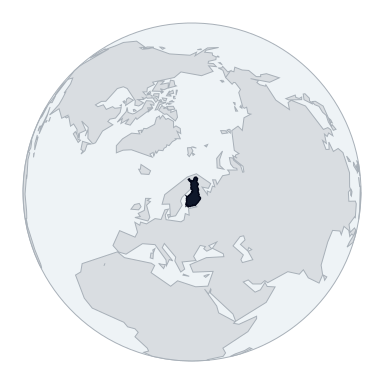 Finland highlighted on a globe, orthographic projection, rotated 4°
{"feature_id": "FIN", "entity_name": "Finland", "entity_type": "country or territory", "adm_level": 0, "iso_a3": "FIN", "parent_name": "Europe", "parent_adm1": "", "projection": "orthographic", "projection_center": [24.864, 64.94], "detail": "fine", "context": "on_globe", "style": "filled", "palette": "ink", "viewbox_px": 384, "rotation_deg": 4, "n_neighbors": 0, "source": "natural_earth", "source_scale": "50m", "svg_char_len": 15147}
<svg xmlns="http://www.w3.org/2000/svg" viewBox="0 0 384 384"><g transform="rotate(4 192 192)"><circle cx="192" cy="192" r="169" fill="#eef3f6" stroke="#a8b0b8"/><path d="M30.8,141.5L36.1,126.8L39.9,118.9L66.2,79.3L71.0,74.4L74.2,71.9L99.0,55.2L80.8,65.6L87.4,60.3L95.7,55.0L94.7,56.3L105.1,51.7L113.2,47.6L126.2,45.4L134.9,50.7L130.1,51.7L132.8,53.1L139.0,52.0L142.4,50.9L159.9,55.8L180.5,55.7L186.8,52.2L185.6,55.9L197.4,47.2L208.5,46.0L196.1,49.6L194.9,51.7L202.5,51.9L202.9,54.1L206.7,55.6L206.6,58.3L199.3,60.5L199.1,62.4L204.4,62.4L207.6,65.3L199.8,65.0L204.6,70.2L193.4,75.3L172.6,73.0L166.4,79.0L145.1,85.2L147.0,87.3L140.2,91.3L140.0,95.3L136.1,95.6L139.3,98.6L142.9,97.6L145.4,98.7L145.6,101.0L140.7,101.6L139.9,100.5L138.5,102.0L136.0,101.3L137.4,103.0L131.4,103.6L137.5,106.5L132.9,109.9L128.9,109.4L129.1,104.9L120.2,93.3L116.2,91.8L110.3,94.0L99.7,107.5L95.4,107.9L89.6,111.8L92.1,113.5L97.5,111.2L100.7,115.6L106.9,112.4L109.1,113.9L115.5,112.7L114.7,117.8L110.5,123.6L105.1,125.0L103.1,127.6L108.4,130.5L98.5,137.4L92.3,149.6L89.7,150.9L84.4,145.7L83.9,134.8L77.0,128.9L81.7,137.9L75.1,141.5L74.1,144.4L74.6,147.3L77.2,148.1L75.0,150.5L69.5,142.3L71.4,139.9L73.1,142.5L72.9,137.5L69.2,132.4L66.2,134.8L63.8,125.2L61.6,126.9L59.8,125.9L63.5,123.7L56.9,127.5L53.6,118.2L44.5,125.1L53.2,114.0L56.2,107.9L59.0,101.3L57.5,102.2L63.3,92.7L65.1,86.6L60.6,88.2L54.6,94.8L48.6,104.7L49.2,105.6L46.2,112.6L43.3,113.0L37.2,126.9L34.9,130.1L32.5,136.4L30.7,142.4L28.4,150.6L28.6,152.8L28.1,159.4L26.2,163.4L27.4,164.4L26.1,170.9L26.3,187.2L25.8,186.9L25.6,205.7L28.4,223.2L29.0,229.8L28.4,229.9L30.0,235.8L30.1,237.1L39.3,260.6L46.2,274.8L47.5,278.8L45.2,275.7L39.3,264.3L34.3,252.6L30.1,240.5L26.9,228.1L24.7,215.5L23.4,202.8L23.1,190.0L23.7,177.2L25.3,164.6L27.8,152.0L29.1,147.5L30.3,143.2L30.7,141.8L30.8,141.5ZM42.2,126.3L35.5,144.6L36.9,136.2L37.1,137.3L39.3,132.2L42.6,124.0L44.5,117.1L42.2,126.3ZM44.6,129.9L45.6,127.1L44.9,129.6L44.6,129.9ZM143.9,50.1L139.0,51.7L133.3,52.1L137.3,50.4L143.9,50.1ZM154.8,50.4L152.7,51.7L149.9,49.7L152.0,49.6L154.8,50.4ZM191.3,49.3L187.3,49.7L191.0,48.6L191.3,49.3ZM207.3,55.3L208.3,54.5L209.9,55.6L207.3,55.3ZM115.5,109.9L115.5,111.3L114.3,110.8L115.5,109.9ZM118.3,108.2L116.9,106.7L118.1,105.7L118.9,106.6L118.3,108.2ZM211.1,60.9L213.3,63.0L209.8,61.2L211.1,60.9ZM119.7,110.3L120.2,104.0L122.2,102.3L127.1,104.5L119.7,110.3ZM213.8,64.5L219.3,69.7L222.0,68.4L217.5,75.4L214.3,68.4L209.5,66.4L213.0,66.2L213.8,64.5ZM143.9,96.3L140.1,97.4L143.1,94.4L143.9,96.3ZM145.2,94.1L150.8,83.7L156.5,83.3L153.5,86.8L160.8,84.8L160.9,89.8L156.9,92.0L153.1,91.2L156.0,93.7L145.2,94.1ZM214.1,78.5L214.4,80.1L212.7,78.8L214.1,78.5ZM146.7,98.8L147.3,96.7L152.3,96.2L152.0,100.5L150.5,99.2L146.7,98.8ZM162.7,81.9L166.3,82.4L167.4,86.5L169.0,87.3L161.4,89.9L162.7,81.9ZM149.5,100.5L151.7,102.6L149.6,105.0L146.5,100.9L149.5,100.5ZM153.8,94.3L156.1,94.4L154.7,95.7L153.8,94.3ZM143.0,114.9L143.7,112.2L146.3,111.7L143.0,114.9ZM152.7,103.3L153.5,102.5L154.6,102.0L155.6,103.9L152.7,103.3ZM162.6,92.6L162.3,94.3L165.8,91.8L166.8,94.9L161.5,96.1L164.1,96.9L164.4,97.8L159.8,97.8L162.6,92.6ZM160.0,104.4L153.7,107.2L151.9,112.2L149.5,112.8L152.7,104.6L160.0,104.4ZM160.3,100.5L159.6,103.0L156.9,102.3L155.8,100.2L160.3,100.5ZM169.3,96.6L169.2,91.5L170.3,91.5L169.3,96.6ZM160.0,106.0L161.6,105.3L160.2,106.4L160.0,106.0ZM167.0,99.6L166.8,97.8L168.2,97.8L167.0,99.6ZM164.8,105.5L162.7,106.3L161.9,104.9L164.8,105.5ZM166.2,102.9L168.1,103.3L162.8,103.8L165.9,102.1L166.2,102.9ZM168.3,99.9L169.0,99.3L168.2,100.6L168.3,99.9ZM169.2,110.6L162.8,111.7L160.9,108.4L167.4,107.8L169.2,110.6ZM163.9,358.6L155.0,355.3L159.8,353.7L158.3,350.9L145.2,340.4L148.1,335.7L144.6,332.4L137.2,331.0L133.1,326.7L128.6,325.1L100.6,314.8L92.0,305.5L81.6,283.0L86.6,279.5L87.4,271.1L121.8,256.9L129.2,262.2L156.4,265.9L159.9,267.9L156.8,275.3L177.3,287.5L183.8,281.6L202.2,286.3L214.4,284.8L218.6,269.7L198.6,271.9L195.0,264.6L210.9,256.5L228.3,254.3L227.5,251.4L216.3,246.7L220.2,240.1L212.5,244.4L215.7,247.2L210.9,250.0L207.7,247.8L209.2,245.5L203.9,244.7L198.1,256.1L200.8,260.1L187.0,262.5L190.1,269.4L186.4,272.6L179.7,262.0L180.3,258.1L168.0,245.3L166.2,249.6L177.6,262.1L174.1,260.9L171.7,267.2L170.8,261.5L158.8,247.1L146.2,247.0L130.5,258.6L123.1,257.0L116.9,250.9L122.5,235.6L138.3,241.0L140.5,236.0L137.1,226.2L142.2,228.8L142.8,225.6L148.8,227.0L157.0,221.1L163.1,221.6L166.2,211.7L169.7,210.7L166.9,216.8L168.1,221.4L183.1,222.5L186.0,220.4L186.8,214.0L190.8,215.3L189.7,208.9L198.3,206.3L186.9,204.3L187.6,197.0L192.7,191.5L190.8,188.8L182.5,197.9L181.1,201.9L183.1,205.9L177.3,216.9L172.2,218.2L170.5,205.6L163.0,206.3L165.0,196.5L186.2,177.4L195.1,173.5L210.1,182.3L208.1,187.2L201.7,186.4L207.7,193.7L207.1,189.9L210.5,191.1L212.0,184.7L214.4,185.3L211.7,178.4L214.8,178.3L216.5,182.7L221.4,173.6L227.9,171.9L227.9,169.6L226.0,167.6L235.5,166.9L235.0,165.3L231.7,164.9L228.6,161.4L226.9,155.1L230.3,155.2L231.4,157.5L238.8,162.6L241.2,168.8L242.4,168.3L241.1,162.8L232.1,156.6L230.1,152.8L234.7,155.1L232.9,153.9L232.9,152.1L236.2,150.4L231.3,147.6L227.4,128.0L233.3,123.1L237.9,127.1L238.7,114.3L245.3,110.2L242.3,109.7L240.6,103.6L238.5,104.8L236.9,104.1L231.7,89.5L233.2,86.3L227.5,79.9L225.9,79.8L224.5,81.7L217.5,75.4L222.0,68.4L225.4,69.1L226.0,64.5L233.5,66.8L240.1,66.8L248.0,72.4L252.5,72.1L252.2,70.3L258.0,68.8L271.1,72.0L261.8,77.1L242.5,74.8L250.5,76.2L249.1,78.3L252.2,80.3L257.8,81.3L258.2,79.9L269.2,94.5L283.5,103.0L281.6,96.1L284.6,93.6L299.2,98.3L318.7,120.4L323.0,118.3L326.0,120.1L328.6,126.1L324.2,123.6L323.0,127.2L320.1,125.0L322.7,134.2L318.7,131.5L322.7,140.2L325.8,139.9L325.0,132.6L330.2,141.7L334.7,138.4L339.8,142.1L347.8,161.8L348.9,176.0L350.0,178.2L348.0,181.2L349.1,190.3L355.6,189.7L356.7,192.3L356.7,206.8L356.0,205.3L350.9,213.4L352.6,221.2L356.6,216.5L358.0,218.6L356.1,224.2L354.3,222.7L352.5,225.4L351.1,219.4L346.0,215.7L343.9,224.2L342.3,220.6L334.9,220.5L330.9,232.4L325.9,255.9L328.1,265.5L325.1,274.0L314.0,269.5L308.5,261.8L304.8,266.5L293.1,264.8L273.8,277.2L270.8,275.3L267.3,278.9L259.0,279.5L254.3,275.8L249.4,278.2L261.9,287.5L267.1,284.8L271.1,277.1L273.6,281.0L281.5,280.9L273.7,296.9L244.6,317.9L241.4,310.9L217.3,291.4L217.8,288.3L217.7,287.9L217.4,287.3L215.6,292.7L211.3,288.0L224.6,304.0L227.0,310.7L244.2,318.4L242.7,320.1L248.1,320.7L265.1,311.4L265.3,313.8L257.5,327.4L233.7,345.6L236.7,350.2L234.6,353.7L219.4,358.1L220.4,358.6L217.2,359.1L203.9,360.5L190.6,361.0L177.2,360.3L163.9,358.6ZM110.2,269.2L109.3,271.8L110.2,269.2ZM247.2,258.9L257.4,255.3L252.1,247.3L255.6,245.3L252.5,243.4L251.6,246.8L244.0,240.9L248.2,236.1L246.6,232.1L243.1,233.1L236.7,242.9L247.6,251.2L245.5,256.1L247.2,258.9ZM26.3,187.7L26.1,190.5L25.9,187.8L26.3,187.7ZM35.9,136.5L35.0,139.8L34.2,142.1L34.6,139.7L35.9,136.5ZM31.9,164.3L31.5,168.5L31.4,164.7L31.9,164.3ZM34.7,147.5L32.1,161.1L31.9,154.4L33.7,145.9L33.2,150.9L34.7,147.5ZM42.5,130.3L41.7,132.5L41.1,132.5L42.5,130.3ZM44.1,131.8L44.2,131.1L45.2,129.6L44.1,131.8ZM75.5,142.0L75.8,142.7L75.7,145.9L74.7,144.7L75.5,142.0ZM82.3,158.3L78.6,161.9L80.4,158.5L78.2,157.4L79.3,149.1L88.5,151.2L84.1,151.7L82.3,158.3ZM83.3,138.9L81.6,143.7L83.1,138.3L83.3,138.9ZM140.2,207.1L142.2,210.2L140.0,213.5L132.3,213.4L135.5,208.5L140.2,207.1ZM145.7,213.7L146.1,201.6L150.9,201.3L148.1,203.5L151.2,204.5L147.6,208.3L151.7,220.2L150.0,224.0L136.8,221.4L142.1,220.1L139.8,217.1L145.7,213.7ZM138.9,172.9L139.2,168.1L149.2,173.7L147.8,177.5L140.1,177.5L137.2,173.0L138.9,172.9ZM128.2,115.6L127.7,113.8L129.0,113.6L130.6,114.9L128.2,115.6ZM143.1,113.7L132.0,123.4L130.8,121.8L125.7,129.6L120.6,128.5L124.1,123.4L116.3,128.6L117.4,123.5L112.5,127.6L120.8,116.3L121.4,112.1L122.6,117.1L127.3,118.3L129.5,117.5L136.3,112.3L140.1,104.1L145.3,104.1L148.0,106.2L147.9,108.2L144.5,107.5L146.8,110.6L141.9,111.2L143.1,113.7ZM176.7,134.5L172.8,132.5L176.6,139.7L171.6,140.0L172.4,140.8L168.9,143.1L165.9,147.3L163.6,146.7L163.4,148.7L161.1,150.3L160.1,152.8L155.7,152.6L154.1,155.7L152.9,153.9L151.3,159.3L150.5,155.2L147.4,157.1L149.9,160.0L128.6,154.1L120.3,155.1L113.8,158.2L113.3,151.1L119.0,143.8L127.7,137.5L135.8,137.7L134.1,134.6L137.5,133.8L137.4,136.6L139.5,131.9L142.3,132.0L150.0,127.1L151.4,120.4L154.2,118.5L155.1,121.2L157.4,117.5L160.9,121.4L163.0,120.2L168.7,122.9L169.1,129.0L171.4,127.2L175.8,129.4L176.7,134.5ZM170.7,111.5L172.3,118.5L170.4,122.2L161.4,115.9L158.9,116.4L153.1,112.8L156.0,107.7L157.4,109.1L159.4,109.4L157.7,110.9L160.6,109.9L162.6,112.0L165.4,111.8L165.2,114.1L170.7,111.5ZM163.7,265.5L166.3,266.2L170.5,266.3L169.0,270.4L163.7,265.5ZM155.3,255.8L157.7,255.7L157.7,261.3L154.9,260.6L155.3,255.8ZM159.0,251.0L157.8,255.3L156.9,252.6L159.0,251.0ZM169.1,216.4L171.6,215.9L171.9,217.4L170.5,219.6L169.1,216.4ZM186.8,156.9L184.9,155.0L185.6,154.1L184.4,148.2L188.0,147.7L190.1,151.0L186.8,156.9ZM215.2,272.8L211.6,276.2L209.8,275.0L211.4,274.1L215.2,272.8ZM189.2,274.5L195.1,276.3L188.8,275.6L189.2,274.5ZM190.5,155.4L189.6,153.0L191.9,154.2L190.5,155.4ZM190.5,147.0L193.3,147.9L188.3,147.0L190.5,147.0ZM242.0,353.4L241.4,353.5L246.4,350.5L255.5,346.5L260.1,343.3L262.5,344.0L252.2,349.9L242.0,353.4ZM357.5,225.8L356.1,231.1L350.5,236.2L352.6,231.0L357.8,221.1L357.6,223.2L358.8,219.1L358.5,220.7L357.5,225.8ZM360.2,207.9L360.1,207.2L360.2,203.4L360.5,199.5L359.6,177.4L359.7,173.8L360.5,181.4L360.6,180.4L360.9,194.1L360.2,207.9ZM328.8,265.7L332.4,267.3L330.5,270.8L328.8,265.7ZM357.5,166.2L359.0,175.5L357.1,165.7L357.5,166.2ZM355.3,159.0L356.1,160.2L355.6,161.2L355.3,159.0ZM351.6,180.5L351.3,185.0L350.5,184.0L350.3,177.7L351.6,180.5ZM343.7,145.4L346.8,148.8L347.9,150.7L346.2,150.6L343.7,145.4ZM219.6,149.0L217.3,157.6L218.0,163.7L222.1,167.0L215.4,166.2L214.3,156.7L219.6,149.0ZM226.1,130.5L222.5,127.9L224.6,126.8L225.7,127.2L226.1,130.5ZM223.5,130.6L218.0,131.8L216.3,128.8L221.0,128.5L223.5,130.6ZM204.3,143.5L203.3,146.0L201.4,144.9L204.3,143.5ZM357.3,157.2L357.4,159.2L358.4,164.4L355.7,152.3L356.2,152.3L357.3,157.2ZM356.1,155.4L357.1,160.2L355.6,154.0L356.1,155.4ZM356.9,160.3L356.1,159.0L355.8,156.1L356.9,160.3ZM355.8,153.4L354.2,149.6L354.8,149.8L355.8,153.4ZM354.0,156.2L354.8,152.5L355.2,159.9L351.4,154.5L350.9,150.7L354.0,156.2ZM327.1,113.2L325.1,112.6L323.6,109.0L325.4,110.4L327.1,113.2ZM316.8,97.1L322.5,107.8L326.7,116.8L327.2,115.1L331.3,119.4L328.7,120.6L323.1,112.5L320.5,106.2L316.7,103.3L312.7,97.7L308.3,96.3L305.5,93.4L308.7,92.9L316.8,97.1ZM306.5,96.0L297.3,92.1L296.1,86.5L297.8,86.1L302.5,90.2L302.9,92.8L306.5,96.0ZM294.8,89.6L295.0,92.2L282.1,93.4L279.1,92.3L288.2,88.1L289.0,90.4L292.4,91.2L294.8,89.6ZM216.1,79.8L214.5,80.1L215.3,78.8L216.1,79.8ZM235.8,104.9L233.8,103.8L234.8,102.2L235.8,104.9ZM228.7,100.0L229.0,102.5L227.2,99.8L228.7,100.0ZM229.9,108.3L228.4,103.5L231.8,108.1L229.9,108.3Z" fill="#d9dde1" stroke="#a8b0b8" stroke-width="1"/><path d="M191.1,189.4L191.0,188.9L191.0,188.7L190.9,188.4L190.7,188.3L190.6,188.2L190.6,187.7L190.6,187.4L190.8,187.2L190.9,186.8L190.9,186.6L191.0,186.5L191.0,186.4L190.9,186.3L190.9,186.1L190.7,185.9L190.6,185.7L190.6,185.4L190.6,185.2L190.8,184.9L190.7,184.7L190.4,184.6L190.4,184.4L190.5,184.2L190.5,183.9L190.5,183.6L190.5,183.3L190.6,183.2L190.5,182.9L190.3,182.7L190.2,182.6L190.1,182.2L189.8,181.9L189.7,181.8L189.3,181.6L189.1,181.5L188.9,181.4L188.8,181.2L188.6,181.1L188.4,180.9L188.3,180.7L188.2,180.6L188.1,180.4L187.8,180.2L187.5,179.8L187.6,179.7L187.8,179.7L188.0,179.8L188.1,179.7L188.0,179.4L188.1,179.2L188.5,179.1L188.8,179.5L189.0,179.8L189.1,180.0L189.3,180.4L189.4,180.6L189.4,180.8L189.5,180.8L190.1,181.0L190.3,181.1L190.5,181.0L190.8,180.9L190.9,180.6L191.1,180.6L191.4,180.9L191.8,181.1L192.1,181.2L192.3,180.7L192.5,180.4L192.8,180.4L192.9,180.1L193.0,179.8L192.9,179.4L192.9,179.2L193.0,179.0L193.1,178.3L193.2,178.1L193.3,177.9L193.5,177.7L193.7,177.3L193.9,177.3L194.1,177.3L194.3,177.3L194.5,177.2L194.7,176.9L194.9,176.8L195.0,176.8L195.2,177.1L195.5,177.4L195.6,177.5L196.0,177.8L196.4,177.9L196.6,178.5L196.5,178.8L196.3,179.0L196.2,179.4L196.2,179.6L196.3,179.8L195.9,180.1L195.8,180.3L196.1,180.3L196.2,180.5L195.9,181.3L196.0,181.8L196.2,182.3L196.9,182.6L197.2,183.0L197.5,183.5L197.7,184.1L197.5,184.5L197.3,184.8L197.2,185.1L197.0,185.5L196.9,185.9L196.9,186.0L197.2,186.6L197.4,187.1L197.5,187.4L197.6,187.6L197.7,187.8L197.9,188.1L198.0,188.4L198.1,188.6L198.3,189.2L198.3,189.4L198.3,189.6L198.1,189.6L197.9,189.7L197.9,189.8L198.0,189.9L197.9,190.2L198.0,190.6L197.9,190.8L198.1,191.0L198.1,191.3L197.9,191.5L198.0,191.9L198.1,192.0L198.5,192.2L198.6,192.3L198.6,192.5L198.5,192.9L198.5,193.0L198.7,193.4L199.1,193.6L199.2,193.8L199.3,194.0L199.3,194.4L199.2,194.6L198.9,195.1L198.7,195.2L198.7,195.3L198.8,195.4L199.3,195.9L200.1,196.4L200.4,196.7L200.5,196.9L200.6,197.1L200.8,197.2L200.9,197.4L200.9,197.5L200.8,197.9L200.8,198.2L200.7,198.6L200.6,198.8L200.3,199.3L199.8,199.9L199.7,200.1L199.5,200.4L199.2,201.1L198.8,201.7L198.6,201.9L198.5,202.1L198.2,202.5L197.5,203.3L197.4,203.4L197.1,203.8L196.3,204.9L196.2,204.9L196.1,205.0L195.9,205.0L195.4,204.9L195.2,205.0L194.7,205.2L194.4,205.3L194.4,205.1L194.4,204.9L194.5,204.8L194.5,204.7L194.4,204.9L194.3,205.1L194.2,205.3L193.7,205.1L193.7,205.3L193.7,205.5L193.4,205.6L193.3,205.8L193.2,205.8L193.2,205.6L192.9,205.8L192.6,205.8L192.4,206.0L192.1,206.1L191.6,206.2L191.5,206.4L191.4,206.5L191.2,206.4L190.8,206.5L190.3,206.6L190.1,206.6L189.9,206.6L189.7,206.7L189.5,207.0L189.3,207.1L189.2,207.0L189.3,206.9L189.5,206.6L189.5,206.4L189.4,206.4L189.3,206.2L189.1,205.9L189.0,206.0L189.0,206.3L188.8,206.4L188.7,206.4L188.4,206.3L188.4,206.2L188.5,206.1L188.4,206.0L188.5,205.9L188.7,205.7L188.7,205.4L188.2,205.3L187.7,205.0L187.6,204.7L187.3,204.9L187.2,204.7L187.0,204.4L187.0,204.2L187.0,203.9L187.0,203.6L187.0,203.3L187.1,203.1L187.3,202.7L187.3,202.3L187.3,202.1L187.3,201.9L187.4,201.5L187.4,201.4L187.3,201.1L187.2,200.8L187.0,200.6L187.1,200.2L187.2,199.9L187.2,199.7L187.0,199.3L186.9,199.0L186.9,198.7L187.0,198.3L187.1,198.2L187.4,197.7L187.5,197.5L187.6,197.3L187.6,197.1L187.9,196.9L188.1,197.0L188.4,196.9L188.6,196.7L188.5,196.4L188.7,196.2L188.8,196.2L188.9,195.8L189.2,195.7L189.6,195.3L189.8,195.1L190.2,194.7L190.4,194.6L190.4,194.4L190.7,194.0L190.8,194.0L190.9,193.6L191.3,193.3L191.5,192.8L191.6,192.6L191.6,192.4L191.9,192.3L192.1,192.2L192.3,192.2L192.4,192.3L192.5,192.2L192.5,191.9L192.6,191.6L192.5,191.4L192.5,191.1L192.5,190.8L192.6,190.4L192.5,190.2L192.0,189.9L191.9,189.9L191.7,189.6L191.7,189.4L191.4,189.5L191.2,189.4L191.1,189.4ZM188.1,205.4L188.3,205.5L188.3,205.4L188.4,205.6L188.3,205.8L188.3,206.0L188.2,206.0L188.1,205.9L188.0,205.7L187.9,205.6L188.0,205.5L188.0,205.4L188.1,205.4ZM192.0,191.9L191.8,191.9L191.6,191.9L191.6,191.7L191.9,191.6L192.1,191.7L192.0,191.9ZM187.2,196.9L187.3,196.9L187.4,197.0L187.2,197.1L187.0,196.8L187.2,196.9ZM187.1,204.9L187.0,205.0L186.9,205.0L186.8,204.9L186.7,204.6L186.8,204.5L187.1,204.9ZM187.8,205.5L187.7,205.5L187.6,205.3L187.6,205.2L187.8,205.3L187.7,205.3L187.8,205.4L187.8,205.5ZM187.6,206.0L187.4,206.1L187.4,205.9L187.5,205.9L187.6,206.0ZM187.2,206.1L187.2,205.9L187.3,205.9L187.3,206.0L187.2,206.1Z" fill="#0f172a" stroke="#020617" stroke-width="1.5"/></g></svg>